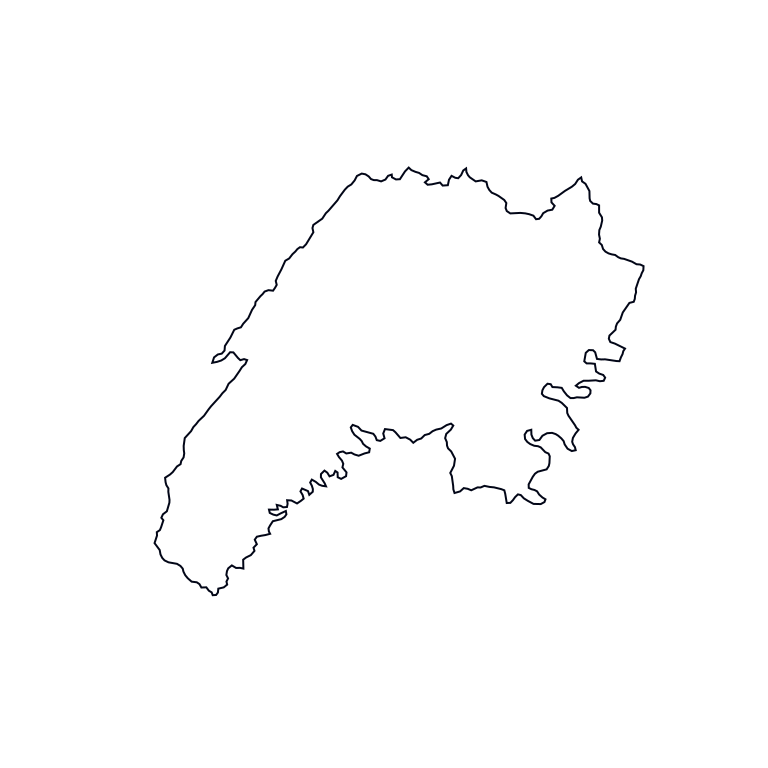 Santana de Pirapama, Minas Gerais, Brazil, rotated 236°
{"feature_id": "56859067B86062210770309", "entity_name": "Santana de Pirapama", "entity_type": "district", "adm_level": 2, "iso_a3": "BRA", "parent_name": "Brazil", "parent_adm1": "Minas Gerais", "projection": "natural_earth1", "projection_center": [-43.935, -18.888], "detail": "fine", "context": "isolated", "style": "outline", "palette": "ink", "viewbox_px": 768, "rotation_deg": 236, "n_neighbors": 0, "source": "geoboundaries", "source_scale": "gbopen_adm2", "svg_char_len": 6166}
<svg xmlns="http://www.w3.org/2000/svg" viewBox="0 0 768 768"><g transform="rotate(236 384 384)"><path d="M516.8,572.6L516.7,569.1L514.1,564.8L513.1,560.6L515.1,558.4L518.8,556.4L517.0,552.1L513.1,548.1L515.7,543.6L519.7,543.1L522.8,535.3L524.8,531.6L528.3,530.7L528.8,535.6L532.3,535.6L535.7,532.6L539.4,531.1L542.3,528.7L546.0,526.3L549.6,525.5L548.5,520.3L544.9,511.7L546.9,508.3L550.9,506.2L553.3,507.5L554.3,503.8L552.7,499.5L553.6,494.9L556.9,492.2L558.8,489.5L561.2,487.8L564.6,487.4L568.2,485.9L570.9,483.2L571.6,477.9L569.2,473.5L567.7,468.5L567.9,464.3L567.0,460.2L564.3,452.5L562.3,448.1L558.7,434.8L558.1,431.3L555.6,425.3L555.4,414.4L553.3,411.9L549.3,410.3L543.4,397.5L542.5,393.1L544.4,390.8L544.3,387.6L543.4,384.6L542.8,380.7L541.1,375.6L541.4,371.1L536.4,363.0L532.6,355.9L530.0,351.9L526.2,350.5L524.7,347.5L523.4,344.2L526.4,340.7L527.4,336.7L526.4,333.6L525.9,330.6L523.8,323.3L521.4,321.3L519.3,316.1L514.5,308.3L512.7,301.0L511.0,297.1L512.1,293.5L512.7,290.2L508.4,282.6L504.5,273.4L500.9,270.5L499.9,266.5L501.4,262.8L501.1,258.0L497.6,253.5L495.7,258.0L494.5,262.2L494.3,266.5L496.4,274.2L494.4,276.8L487.2,277.5L484.1,278.2L482.9,281.9L480.4,283.9L478.1,280.2L477.4,275.6L475.6,271.5L472.2,262.8L471.1,255.3L467.6,249.4L466.7,244.8L465.3,240.7L462.3,228.3L461.1,224.5L458.3,217.0L457.1,209.7L455.8,205.8L454.9,201.9L452.8,197.7L450.6,188.6L444.7,183.3L441.2,181.1L438.2,179.6L435.2,176.8L433.6,172.9L431.3,170.5L431.4,166.3L429.1,159.6L428.6,155.9L428.7,150.1L424.7,148.0L421.8,147.0L418.0,146.9L415.2,144.9L407.9,141.4L405.6,139.7L399.9,132.8L399.6,127.9L397.6,124.6L394.4,124.9L389.9,119.1L388.2,116.5L388.2,112.8L385.3,111.1L380.4,104.8L371.8,105.2L367.7,103.4L363.8,102.9L360.5,103.4L356.7,105.6L350.7,111.8L347.0,113.5L343.5,113.9L340.6,112.8L336.6,112.3L332.6,112.7L327.7,114.0L324.3,117.9L321.3,119.1L317.4,118.8L314.8,123.0L310.6,123.2L307.6,124.6L304.7,123.9L303.0,126.8L304.0,129.7L307.0,132.2L305.0,137.4L305.4,141.8L308.3,142.9L310.0,146.0L313.8,146.5L316.7,149.2L318.3,151.8L318.7,156.4L314.2,158.5L312.1,161.8L309.6,164.2L317.1,169.0L317.3,172.7L316.6,177.9L318.1,183.3L321.3,184.3L322.3,189.0L327.2,189.8L328.5,193.2L326.9,197.3L325.1,201.2L323.5,205.8L326.1,206.1L328.9,207.5L330.5,210.6L332.4,215.1L329.4,223.3L329.4,227.3L330.5,230.2L333.6,231.6L334.5,226.1L335.0,221.6L337.6,219.2L341.0,217.2L344.2,218.4L341.3,222.5L339.4,225.9L343.7,227.5L340.8,230.2L338.1,231.5L336.3,234.8L338.6,237.1L341.8,238.7L339.2,242.1L333.6,245.1L333.6,249.9L333.9,253.3L337.6,254.5L341.7,254.7L343.2,257.6L337.7,261.1L333.9,260.1L334.5,264.7L336.7,266.3L340.0,267.3L343.6,267.7L345.1,270.7L341.0,272.7L336.9,273.9L334.2,275.8L331.6,278.7L334.9,279.3L341.9,279.5L344.6,281.4L345.5,286.2L342.2,287.4L337.9,287.2L336.9,291.3L339.2,295.0L336.6,296.0L332.6,293.5L329.3,295.4L328.8,301.0L331.7,303.5L338.1,302.9L340.6,305.6L344.0,306.3L348.6,305.8L352.3,306.0L352.3,309.1L351.0,312.3L347.5,313.9L345.4,318.4L342.1,320.1L338.7,322.9L337.3,329.1L335.7,333.5L338.4,336.1L342.3,334.2L346.1,333.2L349.1,333.6L352.0,333.2L358.5,331.1L362.7,331.2L366.6,332.2L367.6,335.2L363.0,338.5L358.0,339.3L348.7,347.3L345.2,347.5L341.5,346.6L338.9,349.1L338.7,354.1L343.4,355.7L346.1,359.6L340.7,365.7L337.6,366.5L330.1,367.4L327.7,372.2L323.2,374.6L318.9,375.4L319.2,380.3L318.0,384.4L318.9,389.2L317.4,393.6L317.7,397.9L317.0,401.8L315.1,406.6L314.9,412.9L313.7,417.4L310.8,418.2L308.8,413.9L307.8,407.7L304.9,404.4L300.7,403.6L297.7,401.8L294.8,401.1L290.5,402.0L282.3,401.1L277.1,396.3L273.2,389.2L269.7,388.7L260.9,384.4L257.9,382.6L254.2,381.5L252.4,387.0L253.1,391.9L250.3,394.8L247.1,396.9L246.0,403.7L244.2,406.2L243.4,410.3L239.6,414.0L236.8,417.4L231.3,422.4L228.6,424.3L225.2,423.1L216.7,419.2L214.8,422.3L215.6,425.9L216.9,429.4L217.6,433.3L215.4,435.3L211.0,436.0L206.7,437.9L201.0,440.9L196.8,446.8L196.4,451.0L198.1,453.4L201.3,451.9L205.6,450.8L209.4,450.9L212.0,449.5L214.3,447.4L216.9,445.9L219.9,447.8L223.9,455.5L225.2,459.0L225.3,462.4L222.3,471.1L223.9,474.8L225.9,476.9L231.4,481.0L234.3,481.5L237.3,479.6L243.8,478.5L246.3,476.9L248.8,474.0L252.5,471.6L255.9,470.4L259.5,470.2L263.4,472.3L265.1,476.4L263.7,480.5L259.6,477.9L255.9,477.1L252.5,477.6L250.7,481.5L252.5,486.4L252.0,491.7L249.5,496.0L246.5,498.3L243.8,499.5L239.8,500.6L236.2,501.0L232.9,500.0L227.7,500.0L223.4,502.2L221.9,505.9L224.9,507.0L228.3,507.0L230.9,507.7L233.7,510.5L235.9,515.2L237.2,519.7L240.2,519.0L242.9,519.3L254.6,519.2L257.5,519.7L261.8,522.3L269.0,520.8L272.6,519.3L279.7,513.0L284.6,509.7L287.6,509.4L290.2,511.8L291.9,514.9L292.8,519.7L290.6,522.1L287.3,521.9L284.3,525.9L281.4,529.2L277.4,529.0L272.2,529.4L268.1,530.7L266.3,533.3L265.1,536.5L260.5,542.5L259.5,546.0L260.8,549.8L263.3,551.7L266.2,551.5L269.2,549.1L270.9,546.4L271.8,543.5L275.3,542.1L275.7,546.2L275.1,551.3L272.5,555.1L268.6,561.7L265.6,564.5L263.8,567.9L265.6,570.9L268.9,570.8L272.2,568.3L275.8,566.8L282.8,570.1L285.3,567.1L287.8,563.5L290.8,562.7L297.0,568.7L297.6,572.8L295.1,576.2L292.2,576.8L285.7,574.6L282.9,577.8L280.8,581.1L273.1,589.5L271.2,592.0L273.6,595.3L275.4,598.5L277.4,600.7L278.6,603.6L288.4,598.0L292.2,595.1L295.8,595.7L298.1,598.0L299.5,606.3L301.9,608.3L303.9,611.1L305.1,615.7L309.8,622.0L314.0,632.8L312.5,637.0L314.3,639.5L316.8,641.5L319.0,644.2L322.2,646.0L328.3,654.0L329.8,657.1L331.7,659.6L333.3,662.6L336.6,665.1L339.8,663.2L342.1,660.3L346.8,658.0L353.5,653.0L355.7,650.6L358.1,649.1L361.7,647.8L364.1,645.3L366.7,643.2L369.9,641.6L373.4,641.1L377.5,642.3L381.1,641.5L383.7,644.2L387.6,645.8L391.2,648.6L393.2,651.7L397.5,656.3L400.3,657.9L405.7,658.1L411.8,662.2L414.4,660.7L416.7,658.1L420.5,657.3L423.0,658.3L429.1,662.2L437.3,663.0L441.2,661.5L445.0,663.0L444.9,659.0L442.9,654.3L442.5,650.1L442.9,642.1L442.6,633.6L443.0,629.3L444.2,626.4L440.9,624.4L436.3,625.1L434.4,621.0L436.3,616.6L436.6,611.5L435.0,608.2L434.2,605.0L435.6,602.2L440.0,602.0L443.6,599.3L446.5,596.5L449.6,592.7L454.8,584.1L458.7,582.5L461.9,583.2L465.6,586.6L469.3,586.6L475.9,584.1L478.6,582.7L482.4,580.3L485.9,579.8L489.6,580.1L494.2,581.9L498.2,578.9L500.7,573.3L507.4,570.7L510.1,570.4L513.7,570.9L516.8,572.6Z" fill="none" stroke="#020617" stroke-width="2"/></g></svg>